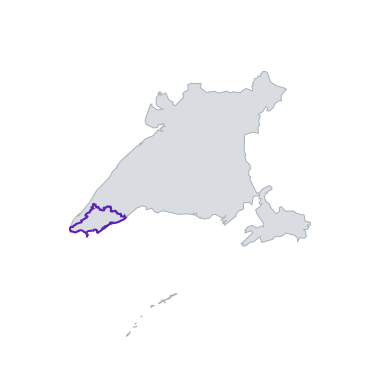 Tamil Nadu on a map of India (Equal Earth projection), rotated 56°
{"feature_id": "IND-3263", "entity_name": "Tamil Nadu", "entity_type": "State", "adm_level": 1, "iso_a3": "IND", "parent_name": "India", "parent_adm1": "", "projection": "equal_earth", "projection_center": [78.435, 10.806], "detail": "fine", "context": "in_parent", "style": "outline", "palette": "violet", "viewbox_px": 384, "rotation_deg": 56, "n_neighbors": 0, "source": "natural_earth", "source_scale": "10m", "svg_char_len": 8974}
<svg xmlns="http://www.w3.org/2000/svg" viewBox="0 0 384 384"><g transform="rotate(56 192 192)"><path d="M90.8,162.6L94.8,161.6L95.3,158.3L102.4,159.7L107.2,157.4L108.8,159.0L111.1,157.5L108.6,145.7L105.9,145.3L104.8,143.4L105.3,137.9L100.9,135.7L101.2,132.2L107.4,123.8L110.1,126.7L117.5,124.4L120.9,117.1L124.8,114.6L128.2,106.3L131.2,104.9L131.9,101.8L136.9,96.3L136.2,95.0L136.5,89.2L141.8,85.7L141.2,84.3L137.5,83.2L137.4,80.8L135.3,80.7L135.0,78.7L133.0,76.9L134.0,74.1L132.9,72.2L134.7,70.2L132.4,69.0L132.9,67.6L131.7,66.3L132.9,63.9L135.2,62.9L144.6,65.2L150.5,63.2L158.6,56.4L160.2,56.6L160.0,58.6L162.1,64.3L166.4,67.0L164.8,69.6L165.3,74.1L167.5,77.1L168.1,83.1L166.1,84.4L164.6,82.2L162.5,82.9L164.8,88.0L164.9,93.7L167.4,93.0L170.0,96.7L174.5,98.5L174.8,100.6L180.4,104.2L176.3,108.2L174.0,116.4L186.4,125.3L192.1,127.1L192.5,128.5L196.4,129.9L201.9,128.8L205.5,130.5L206.1,132.9L210.0,135.6L212.2,134.8L213.8,137.0L229.2,139.0L230.2,135.8L228.9,132.1L229.8,124.5L232.7,123.2L234.3,124.0L234.1,128.5L235.1,130.4L234.1,131.7L237.0,135.0L241.3,136.1L245.3,134.3L248.1,135.4L256.8,134.6L257.2,130.6L253.7,128.1L253.9,126.3L260.2,125.2L264.7,118.3L268.2,117.4L273.8,112.0L279.2,114.5L283.4,110.8L285.7,112.6L284.2,114.1L284.4,115.6L286.4,114.4L287.5,117.0L285.7,120.3L287.8,119.8L292.9,122.1L293.2,124.6L290.2,127.9L292.0,132.2L289.3,130.2L285.6,130.9L278.6,137.0L278.9,142.2L275.3,148.9L276.4,151.4L272.8,162.4L267.1,160.7L267.7,169.4L266.3,170.4L266.5,177.9L264.9,180.2L263.5,178.9L262.5,180.3L259.7,164.2L257.4,164.2L255.5,170.9L254.1,168.8L253.3,169.7L252.1,165.2L253.4,160.4L256.9,159.4L258.4,157.4L259.1,153.0L260.8,152.4L257.8,150.3L246.5,150.4L242.3,149.2L242.0,143.1L240.9,140.6L240.1,142.5L238.8,142.5L236.3,138.8L235.0,140.2L231.7,137.3L232.3,139.1L229.9,143.6L236.1,149.5L232.7,150.1L229.8,155.4L234.8,158.7L233.9,164.3L235.1,168.3L236.5,168.9L237.8,183.4L236.4,182.5L235.6,184.1L234.8,179.0L234.5,183.3L232.3,182.4L231.2,183.6L231.6,178.8L229.8,176.6L231.4,179.0L229.9,181.8L224.0,184.8L222.4,187.3L223.3,192.4L221.8,196.1L219.2,199.0L218.2,198.6L218.0,200.1L213.5,202.0L213.0,200.2L211.2,201.4L210.7,203.0L212.6,202.7L207.9,207.5L203.2,215.4L190.9,226.9L190.2,232.1L186.6,234.3L183.2,234.2L181.1,239.8L178.7,238.5L176.1,240.3L174.4,246.4L176.3,261.8L175.2,259.6L174.5,260.6L176.6,263.0L171.9,282.9L173.0,284.0L173.0,292.6L169.2,293.2L166.5,300.0L167.0,302.2L169.9,303.6L166.8,302.9L162.7,304.5L161.0,306.6L160.1,311.5L156.1,314.5L152.8,312.2L149.1,306.5L147.5,301.1L146.9,296.4L148.5,300.3L147.6,296.5L143.2,282.4L137.6,270.7L133.6,252.0L130.6,246.4L129.8,240.7L128.7,240.3L126.3,233.0L123.2,212.1L124.2,208.4L123.9,207.2L122.9,208.9L122.7,207.9L122.8,205.8L124.1,206.0L122.6,205.2L121.8,200.7L123.6,192.7L121.7,186.1L122.5,185.1L121.7,185.2L125.2,182.5L121.2,183.0L122.3,180.4L121.1,180.3L121.3,178.6L123.1,177.9L118.7,177.6L119.4,179.3L117.6,181.8L119.1,184.6L117.4,188.1L110.3,192.1L106.5,191.1L96.1,177.4L96.7,176.0L98.3,177.4L104.7,174.7L107.0,169.8L101.1,172.9L98.1,172.1L94.0,168.9L92.5,165.3L95.1,162.7L91.2,165.1L90.8,162.6ZM266.2,280.7L264.8,277.5L266.6,274.0L266.8,263.0L268.3,261.2L267.1,267.1L268.0,271.0L267.1,272.0L266.2,280.7ZM274.8,322.8L274.9,327.6L273.7,324.9L274.8,322.8ZM264.8,290.3L263.8,290.4L263.7,288.4L264.8,287.0L264.8,290.3ZM271.5,315.1L271.4,316.5L271.2,315.2L271.5,315.1ZM272.6,313.2L272.2,315.0L272.3,313.1L272.6,313.2ZM273.9,321.1L273.5,322.5L273.2,322.0L273.9,321.1ZM267.2,303.8L266.5,303.9L266.9,303.1L267.2,303.8ZM266.0,281.4L265.3,282.2L265.6,281.0L266.0,281.4ZM268.3,275.9L268.6,277.2L267.8,276.2L268.3,275.9ZM269.7,312.8L269.2,312.6L269.4,311.9L269.7,312.8ZM266.0,267.0L265.7,268.4L265.9,266.9L266.0,267.0Z" fill="#d9dde1" stroke="#a8b0b8" stroke-width="1"/><path d="M173.0,287.8L173.1,289.9L173.1,290.3L173.2,292.0L173.1,292.9L173.1,293.0L172.7,293.1L172.6,292.8L172.4,292.7L171.5,292.5L171.4,292.6L171.7,292.7L172.0,292.9L172.4,293.0L172.5,293.1L172.4,293.2L170.9,292.8L170.9,292.7L171.3,292.5L171.3,292.4L171.2,292.4L170.7,292.4L170.8,292.6L170.2,292.7L169.8,292.6L169.1,293.1L168.9,293.4L168.8,293.8L168.7,293.9L168.6,294.1L168.7,294.9L168.7,295.2L168.9,295.4L168.6,295.6L168.4,296.0L167.9,296.8L167.8,297.2L167.6,297.4L167.6,297.7L167.2,298.2L166.8,299.0L166.7,299.3L166.5,299.6L166.4,300.0L166.4,300.5L166.3,300.9L166.3,301.1L166.4,301.4L166.6,301.7L167.2,302.4L167.4,302.6L167.7,302.7L168.7,302.7L169.2,302.3L169.4,302.4L169.4,302.5L169.3,302.8L169.5,303.1L170.2,303.9L170.1,304.0L170.0,303.9L169.5,303.4L169.0,303.1L168.1,302.8L167.8,303.0L167.5,303.0L167.1,302.8L166.8,302.8L166.6,302.8L166.4,303.0L166.1,303.0L165.8,303.1L165.6,303.3L165.3,303.4L164.9,303.7L164.6,303.7L164.4,303.8L164.4,304.0L163.2,304.3L162.9,304.4L162.6,304.5L161.4,305.8L161.2,306.1L161.0,306.7L160.9,307.5L160.8,307.9L161.1,307.8L161.2,307.6L161.2,307.8L160.9,308.1L160.8,308.4L160.7,308.6L160.7,308.8L160.6,309.2L160.7,309.5L160.6,310.5L160.2,311.1L160.0,311.7L159.6,311.9L158.2,313.0L158.0,313.5L157.8,313.6L157.0,313.8L156.7,313.9L156.4,314.2L156.5,314.5L156.1,314.5L155.6,314.4L154.7,314.0L154.4,313.8L154.0,313.5L153.2,312.5L153.2,312.4L153.4,312.4L153.5,312.3L153.6,311.9L153.9,311.2L153.9,310.8L153.9,310.6L154.0,310.7L154.3,310.4L154.4,310.1L154.3,309.8L153.8,309.3L153.7,309.0L153.7,308.4L154.1,307.6L154.2,307.0L154.1,306.8L153.8,306.5L153.6,305.5L153.9,305.2L154.0,304.9L154.2,304.3L154.6,302.6L154.8,302.1L155.1,301.3L155.3,301.0L155.3,300.7L154.9,299.8L154.6,299.8L154.3,300.0L154.2,300.0L154.0,299.9L153.8,299.7L153.7,299.7L154.1,297.9L154.0,297.0L154.3,296.2L154.0,295.1L154.4,294.0L154.4,293.7L154.2,293.5L154.1,292.9L153.9,292.5L153.8,292.3L152.9,292.8L152.5,293.2L152.2,293.5L151.8,293.4L151.5,293.0L151.2,292.7L151.2,292.1L151.1,291.8L151.0,291.5L151.0,291.1L151.1,290.8L151.1,290.3L151.1,289.5L151.2,289.3L151.4,289.2L151.5,289.1L151.5,288.6L151.6,288.1L151.6,287.9L151.3,287.8L151.2,287.2L150.7,286.9L150.3,286.7L150.1,286.4L150.0,286.1L150.1,285.6L150.3,285.6L150.6,285.7L150.6,285.3L150.4,284.6L150.2,284.3L150.2,283.9L150.3,283.6L149.8,283.9L149.1,284.0L148.8,283.9L148.5,284.0L148.4,283.9L148.4,283.7L148.6,283.3L149.0,282.9L149.1,282.7L148.9,282.5L148.7,282.1L148.4,282.0L148.1,281.7L147.3,281.4L147.0,281.3L146.9,281.1L146.8,280.8L146.9,280.5L146.9,280.3L146.9,280.1L147.1,280.1L147.3,280.2L147.6,280.2L147.9,279.8L148.2,279.6L148.4,279.2L148.5,279.0L148.8,279.0L149.0,279.1L149.2,279.7L149.3,279.8L149.6,279.8L150.6,279.7L151.1,279.9L151.2,279.7L151.3,279.1L151.5,278.7L151.8,278.1L152.2,278.0L152.4,277.9L152.5,278.0L153.0,278.6L153.3,278.2L153.7,278.1L154.0,278.1L154.3,278.0L154.6,278.1L154.9,278.3L155.4,278.3L155.6,278.1L155.8,277.4L156.0,276.9L157.1,276.7L157.3,276.5L157.7,275.7L157.9,275.4L158.0,275.2L157.8,274.5L157.5,274.3L157.3,274.2L155.9,274.2L155.9,273.9L155.8,273.7L156.3,273.2L156.5,272.9L156.8,272.3L156.9,271.5L156.8,271.4L156.6,271.4L156.6,271.1L156.5,270.8L156.7,270.2L156.8,269.7L157.1,269.6L157.4,269.6L158.0,269.2L157.9,268.9L158.1,268.3L158.2,267.9L158.5,267.7L159.0,267.7L159.1,267.9L159.4,268.3L159.6,268.4L159.9,268.0L160.1,268.0L160.6,268.5L160.8,268.7L161.3,268.8L161.6,269.4L161.8,269.7L162.2,270.0L162.5,270.1L162.9,270.0L163.2,269.5L163.3,269.0L163.5,269.1L163.8,268.7L164.1,268.0L164.2,267.1L164.3,266.6L164.4,266.4L164.7,266.2L164.9,265.9L165.9,265.7L165.9,265.8L166.0,266.1L166.3,266.0L166.4,265.7L166.6,265.6L166.9,265.7L167.0,266.0L167.4,266.2L168.0,266.1L168.2,265.9L168.7,265.1L168.9,265.1L169.0,265.2L169.6,264.6L169.9,264.4L170.0,264.2L169.9,263.9L170.0,263.7L170.1,263.4L170.2,263.2L170.5,263.2L170.7,263.3L171.1,263.8L171.8,263.7L171.8,263.8L171.9,264.1L172.1,264.3L172.5,264.4L172.6,264.1L172.3,263.9L172.3,263.7L172.6,263.7L172.8,263.6L173.2,263.4L173.8,262.9L173.8,262.5L173.9,262.4L174.1,262.1L174.4,261.9L174.5,261.8L174.5,261.7L174.3,261.4L174.7,261.5L174.9,261.5L174.8,261.9L174.8,262.0L175.2,262.0L175.5,262.1L176.0,262.0L176.3,262.5L176.4,262.4L176.6,263.1L176.5,264.1L176.4,264.1L176.4,264.4L176.5,264.4L176.5,264.6L176.3,265.1L176.4,265.5L176.2,265.8L176.0,266.9L176.0,268.1L175.9,268.8L175.8,269.3L175.8,269.7L175.5,270.3L175.4,271.0L175.2,271.6L174.8,272.7L174.5,273.0L174.3,273.5L174.1,273.7L173.8,274.0L173.7,274.1L173.8,274.1L174.1,273.9L173.6,275.0L173.4,275.6L173.2,275.9L173.1,276.0L173.1,276.4L173.0,276.7L172.9,276.7L172.6,277.0L172.3,276.8L172.5,276.6L172.4,276.4L172.1,276.5L171.9,276.2L171.8,276.3L171.7,276.5L171.9,276.7L171.9,277.0L172.0,277.1L171.9,277.5L172.0,277.6L172.2,277.8L172.8,277.8L172.7,278.2L172.6,278.3L172.6,278.5L172.3,280.3L172.4,280.7L172.5,281.4L172.6,281.8L172.7,281.7L172.8,281.6L172.8,282.2L172.8,282.3L172.5,282.3L172.3,282.3L171.8,282.9L171.8,283.1L172.3,282.6L172.5,282.4L172.9,282.6L172.9,283.4L173.1,284.4L173.1,285.9L173.0,286.2L172.7,286.1L172.2,286.1L172.3,286.3L172.3,286.5L172.2,286.5L172.1,286.4L172.0,286.5L172.0,286.8L172.3,287.0L172.5,287.1L172.6,287.5L172.8,287.7L173.0,287.8ZM176.2,261.4L176.3,261.8L176.4,262.2L176.1,261.5L176.2,261.4Z" fill="none" stroke="#5b21b6" stroke-width="2"/></g></svg>